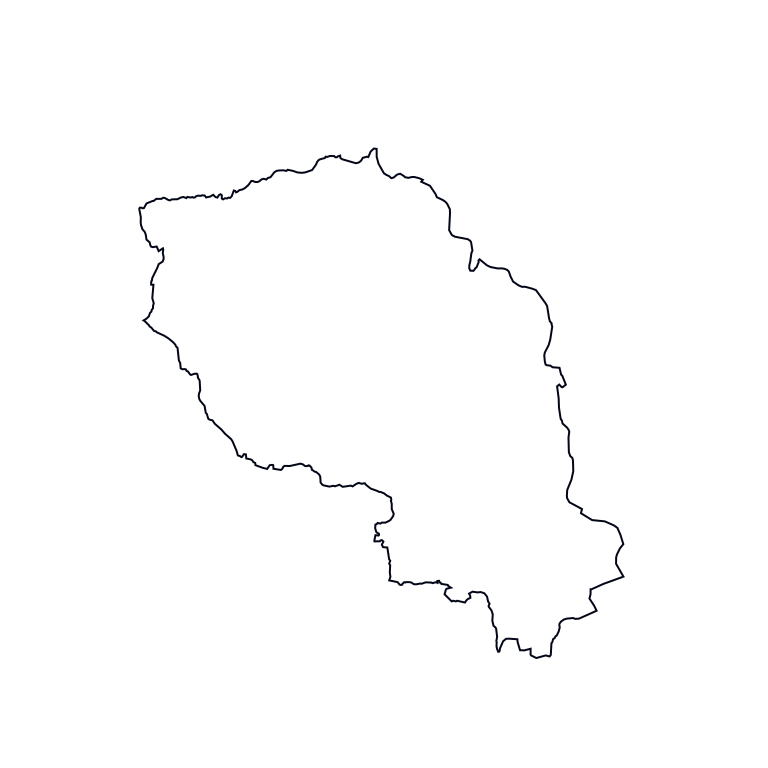 outline of Chiuza, Bistrita-Nasaud, Romania, rotated 287°
{"feature_id": "2599482B70682729995769", "entity_name": "Chiuza", "entity_type": "district", "adm_level": 2, "iso_a3": "ROU", "parent_name": "Romania", "parent_adm1": "Bistrita-Nasaud", "projection": "robinson", "projection_center": [24.223, 47.242], "detail": "fine", "context": "isolated", "style": "outline", "palette": "ink", "viewbox_px": 768, "rotation_deg": 287, "n_neighbors": 0, "source": "geoboundaries", "source_scale": "gbopen_adm2", "svg_char_len": 6152}
<svg xmlns="http://www.w3.org/2000/svg" viewBox="0 0 768 768"><g transform="rotate(287 384 384)"><path d="M269.8,669.3L279.9,658.5L286.1,656.7L289.0,656.6L295.9,657.7L300.8,659.7L308.9,654.2L314.6,649.3L316.0,645.3L317.2,635.3L314.7,622.8L318.0,610.1L322.3,609.9L325.1,595.9L328.2,592.6L330.4,591.6L336.2,590.2L347.3,591.2L356.0,590.5L366.3,587.0L368.4,585.7L369.6,583.1L372.9,580.7L386.7,576.1L392.6,575.1L394.2,573.9L395.9,571.7L398.4,566.3L401.1,564.8L402.0,563.4L404.0,562.3L412.7,558.2L421.4,555.2L432.4,550.2L434.7,551.8L433.0,554.7L433.1,555.7L436.5,558.1L443.9,552.2L444.8,550.6L450.8,547.1L449.3,540.3L450.2,537.8L449.6,534.6L449.8,532.9L452.4,531.3L458.2,528.9L461.2,528.6L469.3,530.1L475.0,530.0L488.1,528.1L490.0,526.8L491.0,526.6L492.4,524.4L494.8,522.8L506.2,517.2L508.4,514.9L518.2,501.9L518.5,498.3L518.3,492.0L518.1,489.8L517.3,488.0L517.4,485.9L517.8,483.4L519.7,477.5L523.9,473.5L527.9,470.6L529.1,468.6L529.4,465.5L529.1,463.3L527.7,458.6L527.0,451.5L527.6,447.7L531.2,438.9L529.8,438.2L528.4,438.9L522.5,438.4L521.8,437.7L518.4,436.5L517.6,433.4L519.6,431.7L522.4,430.9L526.2,430.7L534.8,429.3L537.3,429.6L544.9,425.9L546.0,424.8L547.0,421.8L545.6,408.9L546.3,405.3L550.2,401.3L567.0,397.1L570.5,395.8L574.7,391.8L576.1,389.7L577.1,386.6L578.1,379.9L580.7,377.8L587.0,370.0L588.3,360.5L590.6,361.4L591.1,357.5L590.8,352.2L590.0,350.0L588.3,347.1L587.9,343.6L588.7,342.2L589.8,338.0L588.1,335.3L584.2,332.8L583.0,330.8L584.3,328.0L584.6,325.3L585.5,322.3L593.0,314.4L599.1,310.6L606.7,308.2L606.2,305.5L602.5,303.3L596.4,302.6L596.4,301.3L594.1,297.6L590.8,296.8L588.5,295.2L586.9,292.6L586.7,278.2L587.4,276.2L589.6,275.3L588.3,273.4L587.0,272.6L586.6,271.1L587.4,269.9L586.4,265.8L584.6,263.4L584.3,261.7L582.8,261.4L580.5,257.6L579.3,256.2L576.8,255.1L574.1,254.9L567.6,252.7L563.3,246.8L561.9,243.6L561.0,239.2L561.2,234.7L560.7,229.2L559.2,228.3L559.0,225.6L557.6,221.4L556.5,219.1L554.6,217.3L548.6,215.0L547.0,212.6L545.1,211.7L545.1,209.0L543.9,207.1L541.5,205.6L540.1,203.9L539.5,201.4L539.8,199.2L539.4,197.8L534.6,196.1L530.8,193.8L528.7,191.8L527.1,189.0L525.0,187.7L524.0,186.5L525.2,185.3L525.1,183.8L519.2,183.5L517.0,182.5L516.8,180.8L515.5,179.6L515.2,177.7L513.5,176.1L513.9,174.7L517.1,173.7L517.7,172.2L516.4,170.9L513.6,170.2L513.5,168.2L515.0,165.3L512.5,163.1L510.4,159.3L511.8,157.4L511.3,155.0L510.3,153.6L509.8,151.2L508.6,149.4L507.1,148.6L506.5,147.2L506.8,146.1L505.8,144.6L505.4,141.2L504.0,140.7L504.2,137.6L503.1,135.4L500.3,132.4L498.6,127.3L496.9,125.4L497.0,123.6L497.8,120.0L497.6,118.5L495.9,116.9L494.5,112.1L491.6,110.1L491.3,109.1L487.2,104.1L482.1,103.0L481.4,101.7L481.7,100.6L481.2,98.9L480.0,98.7L472.4,102.7L467.0,104.2L464.9,105.2L461.2,107.9L459.7,110.5L457.5,112.3L452.6,114.7L451.0,118.4L448.2,120.1L447.2,121.3L447.3,123.0L449.0,126.4L445.2,129.7L449.1,132.9L448.0,133.6L444.4,134.2L441.3,136.0L439.1,136.7L436.3,136.5L432.8,133.5L429.2,133.3L417.6,131.4L414.8,131.8L414.0,131.4L410.9,132.3L411.5,134.5L398.4,137.3L393.9,140.2L391.0,140.3L388.8,141.0L387.1,140.2L385.2,140.4L383.7,139.5L379.9,139.3L376.8,137.6L374.5,135.5L374.2,136.7L371.5,142.0L370.5,143.0L369.9,145.0L367.5,148.6L367.6,150.7L367.0,151.7L365.9,159.8L364.6,164.5L362.4,169.9L360.6,172.9L359.2,174.1L358.2,176.0L346.7,180.9L344.4,183.0L339.5,185.0L339.2,187.1L340.0,189.1L340.0,190.4L338.8,191.4L338.7,192.8L336.5,195.7L336.2,196.8L338.4,199.8L339.1,201.8L338.9,202.6L335.3,204.5L334.2,206.0L332.9,206.9L324.2,210.1L320.5,209.9L318.2,210.4L315.6,211.8L314.2,213.2L310.6,218.8L304.3,222.0L303.6,223.3L299.4,226.1L298.9,227.6L299.1,230.6L296.5,233.8L292.9,241.8L289.9,246.6L286.6,253.9L284.8,256.0L276.8,262.7L273.0,265.1L272.9,267.7L272.4,268.9L272.8,269.6L276.0,270.6L276.3,272.5L272.5,274.1L272.9,278.7L272.5,280.4L271.1,281.9L270.9,283.9L268.8,284.8L268.4,292.1L268.6,297.1L272.8,298.4L273.4,299.2L274.1,301.4L274.0,301.8L270.6,303.1L271.7,310.6L273.3,311.6L275.5,311.9L276.6,312.8L278.0,317.8L283.4,327.4L283.4,330.1L282.5,332.2L282.6,333.2L282.7,333.9L284.2,335.8L283.8,336.2L284.1,337.0L282.8,339.1L280.8,340.2L280.5,341.9L279.9,343.2L280.0,344.9L278.4,348.6L276.6,350.2L271.2,352.2L269.7,354.4L269.4,355.6L269.9,361.7L271.6,364.9L272.0,366.1L271.8,367.0L274.6,370.8L273.6,374.6L277.1,382.0L276.9,383.9L280.4,386.7L282.0,388.7L282.1,392.1L283.2,393.8L283.4,394.9L282.6,395.6L280.1,401.8L279.8,408.6L279.4,410.9L279.8,412.3L279.4,416.2L278.2,419.1L277.4,423.8L275.6,424.8L274.2,424.8L271.8,426.4L266.6,428.0L262.8,431.2L260.5,431.4L256.0,430.0L254.5,428.8L251.9,426.0L250.9,422.6L249.5,421.4L249.4,419.7L249.0,419.1L249.2,418.5L247.8,417.9L247.1,416.9L243.6,417.7L240.6,419.6L239.9,420.3L239.3,422.9L238.3,423.4L237.5,423.1L236.9,420.0L231.1,420.6L230.7,420.9L232.4,426.1L233.3,426.3L234.1,427.6L233.1,429.5L229.7,428.9L227.7,430.8L228.6,435.0L217.8,440.2L216.9,441.6L213.7,441.5L212.5,442.9L205.3,444.7L201.5,446.5L197.7,446.4L198.5,454.9L196.7,457.6L196.8,459.1L197.5,460.1L198.2,460.0L200.4,461.3L200.4,462.4L200.9,462.9L202.0,466.4L202.1,468.5L201.3,470.8L201.7,473.0L203.8,477.1L204.0,478.4L206.5,481.8L208.0,487.6L207.7,488.5L209.6,491.6L209.5,493.3L211.2,492.6L211.9,494.2L210.5,495.4L210.4,496.4L209.6,497.3L210.5,503.7L209.8,504.2L208.8,507.6L206.6,503.9L205.6,503.3L200.6,503.4L195.9,512.3L197.0,513.6L197.1,516.3L198.1,517.3L198.7,525.3L201.1,526.0L202.7,526.9L204.8,529.1L206.8,528.3L208.4,526.6L211.3,529.4L212.0,534.2L213.3,537.3L213.2,541.2L210.8,544.7L206.5,547.1L204.7,549.2L202.5,548.9L201.6,549.3L198.9,553.0L195.4,555.4L189.3,556.8L184.9,559.4L183.6,562.0L182.7,562.8L175.3,566.1L171.0,566.6L169.9,567.3L166.3,568.2L163.8,569.5L161.3,571.5L161.7,572.4L162.5,572.6L165.0,572.2L172.8,573.1L176.0,575.2L177.0,578.0L178.9,586.2L176.5,587.1L169.2,591.9L170.3,596.1L173.7,601.6L168.0,603.3L167.4,604.3L166.5,609.8L171.7,618.0L171.9,622.1L173.7,622.7L185.1,619.9L186.1,620.4L189.5,620.3L190.9,621.5L192.7,621.7L193.9,622.7L198.5,623.4L202.8,623.2L204.1,622.4L206.0,621.9L208.5,622.7L211.4,624.9L213.1,627.5L215.5,633.3L215.3,635.6L216.6,639.0L229.3,653.6L233.4,649.8L238.9,643.2L243.3,643.0L248.1,641.6L248.4,642.5L257.0,652.3L269.8,669.3Z" fill="none" stroke="#020617" stroke-width="2"/></g></svg>